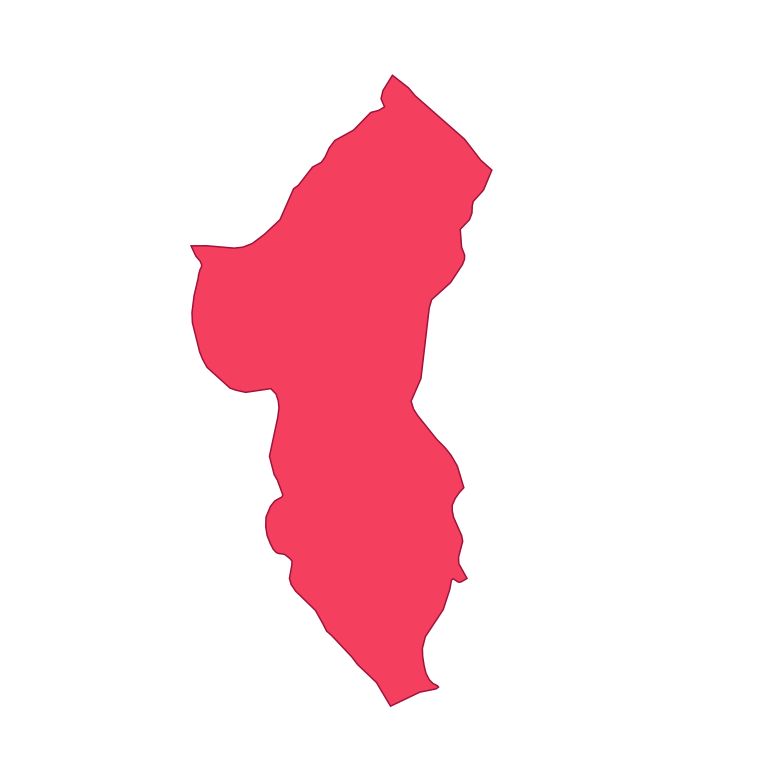 Panjshir, Natural Earth projection, rotated 130°
{"feature_id": "AFG-1769", "entity_name": "Panjshir", "entity_type": "Province", "adm_level": 1, "iso_a3": "AFG", "parent_name": "Afghanistan", "parent_adm1": "", "projection": "natural_earth1", "projection_center": [69.851, 35.487], "detail": "fine", "context": "isolated", "style": "filled", "palette": "rose", "viewbox_px": 768, "rotation_deg": 130, "n_neighbors": 0, "source": "natural_earth", "source_scale": "10m", "svg_char_len": 1755}
<svg xmlns="http://www.w3.org/2000/svg" viewBox="0 0 768 768"><g transform="rotate(130 384 384)"><path d="M581.1,147.4L584.0,148.1L597.2,158.6L626.6,171.9L617.5,198.0L615.9,223.8L613.7,233.7L610.3,262.7L610.2,269.1L606.9,276.8L601.5,291.0L599.5,318.5L597.3,326.2L593.7,331.5L582.0,338.2L578.9,340.5L578.2,343.4L578.3,350.1L579.6,352.8L581.3,355.2L582.3,358.0L581.9,362.3L579.3,368.5L575.2,376.1L569.3,382.9L561.7,388.9L550.7,392.3L544.0,392.5L539.3,390.9L536.6,389.6L534.1,390.1L526.1,404.0L524.0,409.9L513.0,425.3L477.9,443.9L469.8,449.1L465.0,454.0L461.1,460.2L460.3,467.7L479.3,484.6L483.9,493.4L486.1,499.3L485.0,530.2L481.5,539.2L477.8,546.0L460.2,570.2L452.6,577.1L438.2,586.4L422.9,594.1L419.4,596.3L414.2,598.6L411.3,599.2L409.7,600.6L408.0,604.0L407.0,610.3L402.2,620.6L392.0,608.6L376.3,586.2L369.8,580.0L361.1,575.2L346.1,571.8L325.0,569.3L292.4,578.8L287.1,577.3L263.8,578.2L254.5,574.5L248.1,575.0L238.2,577.7L229.0,578.2L209.0,570.5L184.5,568.7L178.1,564.1L171.4,561.7L167.4,569.6L159.9,573.4L142.1,576.0L141.4,555.7L143.2,545.4L144.7,479.7L150.4,453.5L150.8,438.9L171.5,432.4L186.8,433.0L190.8,430.9L196.5,426.5L203.2,424.1L216.5,425.0L229.3,412.5L233.5,405.0L236.7,402.5L242.0,400.7L263.4,398.2L288.8,401.7L296.7,398.2L356.1,359.2L379.7,352.2L384.2,345.3L386.5,338.1L392.5,308.1L393.6,296.0L395.5,286.8L399.7,275.1L412.1,256.2L419.1,256.5L425.8,255.9L433.0,253.8L437.1,250.4L441.4,245.0L450.2,227.1L453.9,222.6L468.5,215.7L471.7,213.0L473.7,210.8L479.6,195.4L485.7,197.6L486.9,198.4L487.8,199.4L488.2,201.0L488.6,205.1L489.5,206.2L491.3,206.0L499.2,201.5L518.8,193.6L551.0,189.9L561.8,184.7L567.8,179.3L574.0,172.2L578.7,165.8L581.5,159.1L581.9,153.7L580.8,149.3L581.1,147.4Z" fill="#f43f5e" stroke="#9f1239" stroke-width="1.5"/></g></svg>